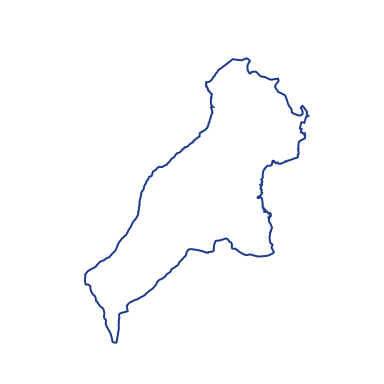 Racovita, Sibiu, Romania, rotated 63°
{"feature_id": "2599482B1974711527076", "entity_name": "Racovita", "entity_type": "district", "adm_level": 2, "iso_a3": "ROU", "parent_name": "Romania", "parent_adm1": "Sibiu", "projection": "orthographic", "projection_center": [24.378, 45.642], "detail": "fine", "context": "isolated", "style": "outline", "palette": "blue", "viewbox_px": 384, "rotation_deg": 63, "n_neighbors": 0, "source": "geoboundaries", "source_scale": "gbopen_adm2", "svg_char_len": 6031}
<svg xmlns="http://www.w3.org/2000/svg" viewBox="0 0 384 384"><g transform="rotate(63 192 192)"><path d="M217.0,324.6L218.6,325.3L222.3,327.6L226.0,328.7L226.4,328.5L226.7,327.6L227.3,326.6L229.6,325.4L232.2,326.4L234.3,326.9L236.8,327.0L238.8,326.6L240.7,325.8L241.4,325.8L243.9,326.3L244.5,326.7L245.4,327.0L246.1,326.9L246.7,326.3L248.1,326.3L251.9,325.8L255.0,324.3L256.0,324.2L257.9,324.4L259.4,324.8L261.4,325.8L262.4,326.7L264.0,327.3L264.8,327.4L266.7,326.8L267.3,326.9L269.9,328.5L271.6,329.1L280.7,328.8L285.6,329.7L289.2,330.8L289.8,330.6L290.8,329.6L291.3,329.0L291.7,328.0L291.8,327.7L288.4,325.0L280.3,319.1L276.4,317.3L274.5,316.0L273.5,315.8L271.3,314.0L270.3,313.5L268.5,313.0L267.9,312.3L267.5,311.2L267.6,310.3L268.1,308.1L269.0,303.5L263.7,301.7L263.1,300.3L262.2,297.5L262.2,296.9L262.3,295.6L262.3,291.3L262.6,290.5L262.9,288.9L262.5,287.1L262.6,283.4L262.5,281.5L262.0,279.3L261.3,277.7L261.2,276.1L260.6,274.9L260.6,273.3L260.0,270.2L258.2,266.1L256.8,264.3L255.7,262.4L255.5,260.6L255.7,257.8L255.4,256.7L255.4,255.1L255.2,254.4L254.1,252.5L253.8,251.5L253.4,248.0L253.2,247.6L252.9,247.0L251.3,244.8L251.3,244.2L251.5,242.4L251.0,240.6L250.8,237.9L250.4,237.1L249.4,236.1L249.0,235.6L248.3,233.9L247.7,231.5L246.9,229.9L245.9,226.5L245.6,226.1L242.8,223.8L241.7,221.0L242.4,218.8L246.6,212.9L249.6,209.4L252.8,206.4L253.4,205.4L252.9,204.7L254.0,202.0L254.4,200.8L254.3,199.8L254.1,199.3L249.4,196.5L247.1,194.1L246.4,193.0L246.6,192.1L247.6,189.9L247.8,188.6L248.3,186.3L248.6,183.8L249.0,182.5L249.3,182.2L250.9,181.6L251.9,181.3L253.2,181.2L254.8,180.1L257.0,180.2L259.6,181.8L260.5,181.8L260.9,181.5L262.1,179.4L262.8,179.1L263.2,178.6L267.4,176.7L271.7,173.6L273.0,172.1L273.9,168.8L274.3,168.2L276.5,165.9L279.4,162.5L280.2,160.9L283.0,154.0L283.4,151.1L283.3,150.4L283.4,148.6L283.1,146.9L282.6,146.4L281.9,146.3L278.0,146.4L277.3,146.2L276.4,145.0L275.4,144.2L274.8,144.4L273.6,145.1L271.8,145.1L268.1,143.7L266.7,143.1L266.4,142.8L266.2,142.4L264.1,140.9L263.5,140.9L262.8,139.4L261.9,139.1L260.4,137.1L259.9,136.9L256.7,136.5L253.5,136.7L252.5,136.6L250.8,135.4L250.5,134.9L249.6,135.6L249.3,135.5L249.1,134.5L248.8,133.9L249.3,133.0L249.1,132.5L248.1,132.2L247.8,131.9L246.2,131.9L246.1,133.7L243.4,134.0L243.1,135.7L242.3,136.6L241.8,135.8L241.8,135.5L241.3,134.7L240.5,135.0L240.2,135.9L239.9,136.2L239.4,136.2L239.0,135.5L238.2,135.4L237.9,135.7L236.8,135.8L236.5,135.4L235.7,134.8L231.1,133.1L229.2,132.6L227.7,133.4L227.8,134.7L227.5,135.8L227.3,136.0L226.8,136.1L226.3,135.5L226.3,134.2L226.5,133.8L226.5,133.5L226.2,133.3L226.2,132.3L225.6,131.2L224.5,129.9L224.0,130.3L223.0,130.0L221.9,128.9L220.3,129.5L220.0,129.0L218.8,128.6L218.3,127.9L217.2,127.9L217.6,127.4L217.6,126.5L215.9,126.0L215.5,126.1L215.3,125.1L215.0,124.8L213.7,124.5L213.1,124.7L212.5,124.7L211.5,122.8L211.1,122.2L210.3,122.0L208.1,120.8L205.9,119.1L204.4,117.1L204.5,116.8L204.0,116.2L203.6,114.9L203.3,114.6L203.1,114.0L203.1,112.9L204.3,109.0L200.9,106.0L201.6,105.4L201.6,104.9L201.9,104.8L202.4,105.6L203.5,104.4L204.6,103.9L204.6,102.2L206.1,101.9L207.0,100.9L206.9,99.8L207.1,99.3L207.5,94.5L207.1,95.0L207.0,94.8L207.5,93.5L207.5,92.3L207.9,91.2L209.1,81.9L207.1,81.0L206.4,79.5L201.7,77.9L201.8,77.5L199.0,76.2L196.5,74.5L195.7,73.6L195.4,71.5L195.5,67.3L193.4,65.6L192.8,66.1L191.1,64.7L190.7,65.1L191.1,65.6L190.2,66.5L190.0,66.3L188.1,67.9L185.6,65.7L184.4,67.0L180.7,64.0L179.5,62.9L179.5,62.6L181.4,60.5L176.6,56.0L177.3,53.8L177.2,53.7L176.1,54.2L174.6,54.2L173.8,54.1L173.6,53.8L173.5,53.4L172.8,53.2L167.2,53.9L165.3,54.5L165.4,55.4L166.4,56.5L166.5,56.9L167.2,56.7L169.2,56.7L170.9,57.1L172.8,58.1L173.1,59.6L173.1,60.7L171.8,62.7L171.2,63.3L166.8,66.9L163.8,65.9L162.1,65.9L159.7,66.4L157.3,66.4L152.0,65.5L151.1,65.5L148.2,65.1L144.9,67.4L142.0,69.7L137.8,70.2L135.9,70.2L135.3,69.8L134.2,68.2L133.7,67.3L132.6,64.7L132.2,64.4L130.1,63.8L127.9,70.4L126.6,71.9L122.6,74.9L121.9,75.8L121.2,77.2L120.7,77.4L120.0,78.2L119.0,78.8L114.5,80.1L113.9,80.5L112.9,82.0L112.4,83.9L112.4,84.7L112.2,84.8L112.6,85.7L112.8,86.6L112.7,86.8L110.8,87.1L108.4,87.0L105.4,85.7L103.8,84.5L102.3,82.0L101.3,80.8L99.3,81.6L97.7,82.6L97.7,83.3L97.3,85.2L97.4,87.3L95.2,91.1L92.3,95.1L92.2,95.6L93.1,99.8L95.0,110.6L95.1,111.9L95.6,113.6L96.7,115.1L97.2,116.8L97.5,117.4L98.7,118.9L99.0,119.5L99.2,120.6L100.7,123.0L101.5,125.2L101.6,126.7L101.2,128.3L100.6,129.6L102.3,130.4L102.4,130.8L104.8,131.0L104.8,131.4L105.8,130.9L106.5,131.2L107.2,131.0L107.8,131.0L108.5,131.5L109.3,131.4L110.0,130.8L111.1,130.9L112.3,130.7L113.0,130.1L114.1,129.9L115.6,131.5L116.8,131.6L117.1,132.6L118.4,133.1L119.5,133.9L122.3,135.2L123.8,135.1L124.2,135.2L125.6,134.7L125.0,135.9L125.2,136.7L125.4,136.8L126.3,136.5L127.6,137.2L128.6,137.1L130.0,137.7L130.7,137.8L132.6,140.4L133.6,141.1L135.7,143.2L137.8,145.0L138.3,145.9L140.4,147.5L140.7,148.4L141.7,149.2L142.4,151.3L142.8,153.3L142.9,158.0L145.0,159.7L145.8,159.9L146.0,160.6L146.2,162.4L147.0,167.2L147.2,167.7L147.9,167.9L148.2,168.5L148.0,170.0L148.2,171.1L149.5,175.9L149.4,176.6L148.7,178.3L148.9,178.7L149.4,179.0L149.8,180.1L149.7,181.5L150.3,182.2L150.7,183.3L151.2,185.4L150.7,187.3L150.7,188.3L151.9,190.4L153.0,192.8L153.2,195.2L154.8,198.4L155.1,199.9L156.3,202.3L156.0,204.6L156.3,207.1L154.6,209.9L154.8,211.7L155.2,213.0L155.7,213.9L156.0,215.8L155.9,216.6L156.1,217.5L159.3,220.6L159.4,220.8L159.0,223.3L160.9,225.6L161.9,227.8L163.5,229.2L164.0,230.5L164.5,231.0L165.1,231.9L167.7,234.0L169.0,236.7L169.6,237.5L173.0,239.8L175.2,241.9L176.7,242.8L177.3,243.5L180.0,244.7L181.8,246.5L183.9,247.5L185.6,249.2L187.1,249.8L187.9,250.6L190.3,254.1L191.4,257.0L192.1,258.3L195.4,262.7L197.4,266.3L198.7,267.6L199.2,268.7L200.2,269.9L200.6,270.6L200.6,272.0L201.0,273.4L201.4,274.0L201.7,275.6L203.7,279.7L204.5,281.0L205.3,282.1L207.8,284.7L209.6,287.1L210.4,290.1L212.4,295.1L212.6,295.7L212.1,298.4L212.7,299.9L212.8,301.2L212.4,306.0L213.3,308.0L214.1,310.4L215.0,311.9L214.9,316.7L215.3,320.9L217.0,324.6Z" fill="none" stroke="#1e3a8a" stroke-width="2"/></g></svg>